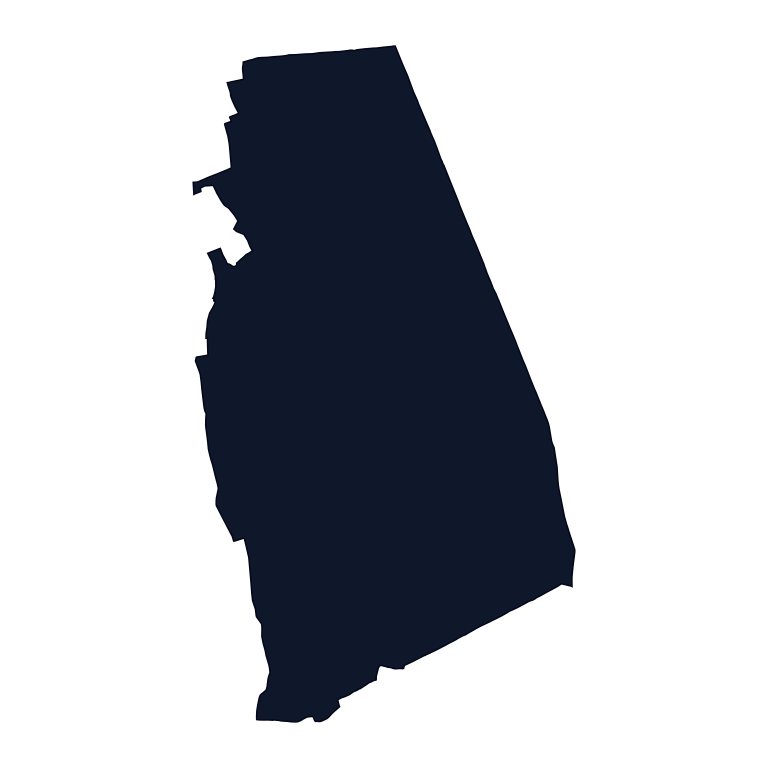 Nong Khaem, Bangkok Metropolis, Thailand (Natural Earth projection)
{"feature_id": "78962969B88059812817322", "entity_name": "Nong Khaem", "entity_type": "district", "adm_level": 2, "iso_a3": "THA", "parent_name": "Thailand", "parent_adm1": "Bangkok Metropolis", "projection": "natural_earth1", "projection_center": [100.348, 13.696], "detail": "fine", "context": "isolated", "style": "filled", "palette": "ink", "viewbox_px": 768, "rotation_deg": 0, "n_neighbors": 0, "source": "geoboundaries", "source_scale": "gbopen_adm2", "svg_char_len": 6037}
<svg xmlns="http://www.w3.org/2000/svg" viewBox="0 0 768 768"><path d="M572.0,586.5L571.9,580.2L572.0,576.0L573.0,565.9L574.1,557.5L574.8,551.8L574.8,550.8L574.7,549.6L574.6,549.2L571.7,540.1L570.5,536.6L568.7,531.0L567.4,526.7L566.4,523.7L565.1,519.0L564.4,516.5L560.9,498.6L559.5,491.9L559.0,489.5L558.5,486.4L558.1,482.7L557.8,479.5L557.1,468.0L557.0,466.8L555.0,453.7L554.1,447.7L554.0,447.4L553.0,445.2L552.1,442.9L551.5,440.9L551.3,439.6L550.3,433.6L550.0,431.9L549.5,428.7L548.7,424.8L548.1,422.8L547.7,421.5L547.1,420.0L543.2,410.1L540.9,404.7L536.2,392.9L534.9,390.0L530.8,380.0L526.3,368.3L525.0,365.1L522.9,360.3L518.8,349.8L517.3,346.1L515.4,340.9L509.4,326.7L504.0,313.6L499.2,301.6L497.1,296.8L496.8,296.0L496.0,293.9L493.2,288.5L492.1,285.5L490.3,280.8L488.4,276.5L486.8,272.6L484.1,264.9L483.9,264.2L475.6,243.9L472.0,235.8L469.7,229.6L468.7,227.3L466.9,223.1L462.6,212.6L459.6,205.3L458.7,202.5L452.6,187.3L444.6,167.2L444.3,166.2L442.7,163.3L442.0,161.2L441.0,159.3L438.6,152.7L436.8,147.6L436.5,147.0L434.5,141.6L430.6,132.7L430.2,131.3L425.9,121.4L423.0,114.5L418.4,103.6L417.3,100.4L413.5,92.0L407.4,75.3L405.6,71.4L405.3,70.6L402.6,64.4L395.5,46.9L395.2,46.1L393.3,46.1L392.4,46.4L387.2,46.9L384.7,47.1L376.3,48.1L373.2,48.2L363.8,49.0L357.2,49.8L356.1,50.0L355.1,50.5L354.4,50.6L351.9,50.2L350.2,50.2L348.8,50.5L346.5,50.8L342.1,51.3L338.4,51.7L335.6,51.7L332.5,52.0L320.1,52.7L312.1,53.8L305.4,54.0L295.9,54.7L288.9,54.9L287.1,55.4L284.0,55.9L280.1,56.3L274.2,56.7L266.8,57.4L261.0,57.6L258.6,57.8L257.3,58.0L256.5,58.2L256.1,58.3L253.1,59.4L252.4,59.6L249.2,60.3L245.4,61.5L243.3,62.0L243.1,64.6L242.6,67.6L242.7,70.2L243.2,74.8L243.5,79.3L242.0,79.6L227.3,82.7L228.2,86.0L229.9,90.9L230.4,92.7L230.7,95.4L230.7,95.8L231.5,98.3L232.8,101.5L234.2,104.6L235.4,107.1L236.7,109.5L238.2,112.3L238.4,112.7L238.4,113.4L234.9,115.0L229.9,116.9L229.8,117.1L229.8,117.7L230.3,118.7L231.0,120.6L231.0,121.3L230.9,121.5L224.9,123.7L224.7,124.0L224.7,124.3L227.6,134.9L228.1,137.0L229.3,143.7L229.6,147.0L231.4,167.9L226.5,170.1L222.3,171.8L216.7,174.1L209.4,176.9L197.4,182.1L193.2,182.3L193.9,194.4L194.8,193.9L200.9,191.5L200.3,188.1L204.7,185.9L213.2,185.4L216.3,191.9L216.5,192.5L219.5,197.7L221.0,200.4L222.6,202.8L223.3,203.8L223.8,204.5L224.5,205.2L225.1,205.7L225.5,206.1L228.5,208.0L229.3,208.8L230.2,210.0L234.2,214.9L235.8,217.3L237.2,219.7L238.1,220.8L236.2,224.4L235.1,226.6L233.8,229.0L236.5,231.4L243.9,234.4L247.7,240.4L249.9,246.3L252.4,250.8L249.5,252.8L247.5,253.9L246.1,254.6L245.6,255.1L242.2,258.3L241.8,258.5L240.0,260.1L239.7,260.5L238.6,261.4L237.7,262.4L237.4,262.7L236.7,263.0L236.7,264.7L236.6,265.1L236.3,265.5L235.4,266.2L234.0,266.6L232.4,266.2L230.3,264.7L229.0,264.1L227.2,263.7L225.7,260.2L224.9,258.7L223.6,256.4L222.8,254.9L220.3,248.4L218.5,249.0L216.9,249.7L215.6,250.2L207.7,253.3L210.0,258.0L211.7,260.7L213.0,265.3L213.4,269.4L214.0,271.3L215.2,275.3L215.4,277.7L215.4,279.3L215.7,279.3L215.8,286.4L215.5,288.7L215.3,289.4L215.2,290.7L214.4,294.1L214.0,295.9L213.6,297.0L212.9,298.3L214.2,298.6L213.8,300.5L214.0,300.6L214.0,301.1L215.4,301.8L213.8,305.7L212.2,308.7L209.6,313.2L207.6,320.6L207.4,322.6L207.2,325.3L207.1,326.9L206.1,333.7L206.0,338.3L207.5,338.2L207.5,341.3L207.9,355.1L206.6,355.4L196.5,357.1L196.3,357.4L196.1,357.9L195.5,361.1L197.9,367.6L199.2,371.0L199.7,372.6L200.0,373.4L200.3,374.5L200.6,376.8L201.2,381.5L202.1,390.6L204.1,407.5L204.7,410.2L205.0,411.2L205.4,412.0L205.9,413.1L206.1,413.6L206.1,414.2L205.8,419.8L205.7,424.6L205.9,427.5L207.1,436.4L207.8,442.3L208.4,448.8L209.5,453.8L210.9,459.3L212.6,464.7L215.7,477.4L217.4,483.8L218.3,488.2L218.3,488.6L218.0,490.5L216.5,497.6L216.3,499.7L216.2,500.6L216.2,504.2L216.3,505.3L216.7,506.3L218.7,510.2L227.8,527.8L232.1,536.0L232.3,536.3L233.6,540.9L233.7,541.1L233.8,541.2L234.0,541.2L235.4,540.8L243.9,538.1L244.2,538.2L244.3,538.4L245.5,543.2L248.8,557.4L250.8,580.1L251.8,593.0L252.3,598.0L252.6,600.5L252.8,601.2L255.2,608.4L255.4,609.0L255.5,609.5L256.2,615.4L256.4,616.4L256.6,616.9L261.2,623.3L261.5,624.0L261.7,624.5L261.8,625.2L262.0,628.0L261.9,635.0L261.9,636.2L262.0,637.2L262.3,638.7L263.5,644.4L265.1,650.0L266.2,655.7L268.0,661.7L269.1,665.7L269.6,668.3L270.0,671.9L270.0,672.6L269.7,673.6L268.7,676.4L268.1,678.9L268.0,679.6L267.4,684.2L267.2,686.4L266.6,688.7L266.1,690.0L265.8,690.4L265.6,690.6L263.0,692.8L261.1,694.3L260.6,694.9L260.3,695.2L260.0,695.8L259.5,697.1L259.3,697.7L258.3,702.4L257.4,707.3L257.0,709.9L256.8,711.8L256.7,714.2L256.6,716.9L256.7,719.6L257.0,719.6L259.5,719.9L265.3,720.0L267.2,719.9L273.0,720.2L273.5,720.0L274.6,720.0L279.6,720.5L281.1,720.9L287.5,721.3L290.7,721.7L294.2,721.9L295.9,721.9L297.8,721.7L300.6,720.6L303.6,718.8L305.6,717.7L306.6,717.2L307.6,716.9L312.4,716.4L312.7,716.5L313.1,716.8L314.6,720.4L315.0,721.0L315.5,721.4L316.7,721.3L317.7,721.3L318.6,721.5L320.5,721.4L321.7,721.0L325.0,719.5L327.0,718.5L329.0,716.8L331.3,714.2L333.4,712.1L339.6,706.7L338.9,704.8L337.9,700.6L338.0,699.4L338.4,699.4L341.8,697.6L343.8,697.0L346.5,695.9L349.8,694.4L351.3,693.2L353.8,691.5L355.8,690.8L358.3,689.5L358.8,689.1L359.6,688.8L359.9,688.8L364.1,686.1L367.4,683.9L368.8,682.8L371.3,681.8L373.5,680.6L374.9,680.2L375.9,680.1L376.2,679.8L376.2,676.5L378.3,668.1L379.1,666.6L379.9,665.8L380.6,665.3L381.1,665.4L385.8,666.5L387.3,667.1L389.5,667.3L391.2,667.7L393.3,668.5L395.5,668.8L400.6,668.4L401.6,668.6L402.7,668.7L403.6,668.4L404.1,666.3L404.5,665.4L404.8,665.2L411.4,662.1L416.6,659.5L423.3,656.0L424.3,655.5L425.1,655.4L425.9,654.8L429.4,653.3L431.1,652.4L433.9,651.1L439.5,648.3L450.0,642.7L455.1,640.1L459.1,637.7L462.9,635.7L465.6,634.7L467.6,633.4L475.9,628.6L480.4,626.2L490.5,621.4L491.1,621.0L501.3,616.0L508.2,612.0L508.8,611.4L512.4,609.9L517.5,607.5L522.0,605.1L525.2,603.4L528.9,601.3L531.4,600.4L532.1,600.3L533.2,599.8L535.3,598.6L536.5,597.7L540.6,595.6L547.4,591.8L550.5,590.2L558.3,585.9L559.0,585.4L560.9,584.1L561.7,584.0L562.1,583.9L563.0,584.1L571.5,586.2L572.0,586.5Z" fill="#0f172a" stroke="#020617" stroke-width="1.5"/></svg>